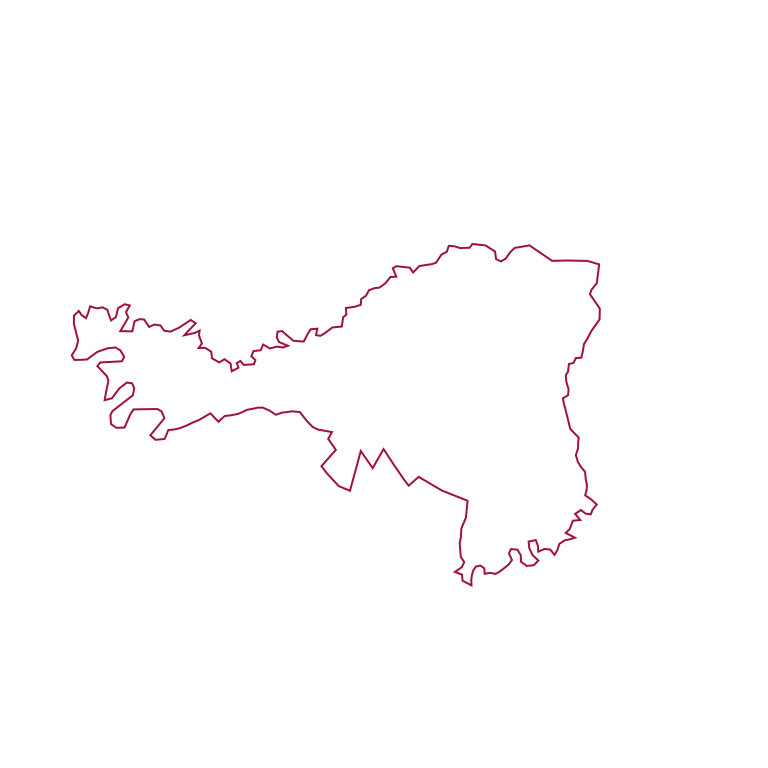 the district of Sarandi, Rio Grande do Sul, Brazil, rotated 324°
{"feature_id": "56859067B70235008034954", "entity_name": "Sarandi", "entity_type": "district", "adm_level": 2, "iso_a3": "BRA", "parent_name": "Brazil", "parent_adm1": "Rio Grande do Sul", "projection": "robinson", "projection_center": [-52.934, -27.931], "detail": "fine", "context": "isolated", "style": "outline", "palette": "rose", "viewbox_px": 768, "rotation_deg": 324, "n_neighbors": 0, "source": "geoboundaries", "source_scale": "gbopen_adm2", "svg_char_len": 3622}
<svg xmlns="http://www.w3.org/2000/svg" viewBox="0 0 768 768"><g transform="rotate(324 384 384)"><path d="M448.1,620.6L443.5,611.3L449.0,610.5L456.5,605.6L462.8,609.4L462.3,601.4L469.2,601.7L471.0,607.5L474.6,611.0L478.8,608.3L485.3,606.5L483.6,598.6L481.3,592.4L485.7,588.7L488.9,584.9L491.0,580.1L495.0,573.2L494.6,566.1L495.1,561.0L497.4,554.3L503.1,550.2L506.7,545.4L510.0,541.9L508.3,529.8L516.2,510.4L518.0,505.6L520.3,500.7L526.3,501.3L530.2,496.8L532.9,489.2L536.1,483.9L540.3,482.0L545.4,476.5L549.7,478.4L554.5,475.8L559.1,478.7L564.6,473.9L569.2,469.3L575.7,466.6L582.9,463.0L596.3,458.5L602.9,449.9L603.4,432.4L607.2,429.7L615.3,427.6L628.4,413.7L620.8,403.9L605.2,392.1L599.5,388.1L592.4,383.2L583.2,357.4L569.7,350.7L563.1,351.7L556.2,354.1L550.7,353.6L548.1,348.8L551.7,342.1L547.6,331.6L537.8,322.7L533.4,324.1L525.4,318.7L522.3,314.4L517.6,310.3L512.6,313.9L506.3,313.1L497.4,316.5L493.1,315.1L481.9,309.3L473.1,310.9L473.2,305.0L468.1,300.4L463.5,296.1L459.2,295.5L457.0,304.4L452.0,301.2L444.5,303.3L436.9,303.3L432.7,300.9L427.0,299.3L421.3,302.0L415.4,301.9L411.7,306.3L405.2,304.1L397.9,300.1L394.3,305.8L390.1,306.0L383.7,312.7L375.4,307.9L366.7,308.1L360.9,307.7L357.7,304.5L362.6,300.1L356.8,296.6L351.4,298.8L344.0,302.5L336.2,295.9L334.1,287.8L332.7,281.3L328.6,279.1L324.7,283.2L323.8,288.5L328.8,296.6L323.6,295.0L319.5,290.9L312.6,288.2L309.4,281.0L304.1,284.2L297.8,280.7L293.0,283.5L294.0,289.1L290.3,291.6L281.8,286.1L281.4,281.0L277.2,280.5L275.8,285.3L268.3,284.2L271.9,277.2L269.5,270.2L263.4,269.7L260.0,262.1L263.2,256.3L260.5,249.5L255.2,246.0L260.5,244.2L262.8,236.1L266.2,232.4L260.9,231.5L251.2,227.2L255.9,226.2L267.3,224.2L265.3,218.6L251.5,218.0L242.1,216.1L237.6,211.9L237.5,205.2L233.2,200.9L227.5,199.8L227.9,190.9L224.4,187.9L219.1,186.6L211.4,193.4L201.7,186.3L216.2,179.9L217.5,174.2L224.5,171.0L221.0,167.0L213.4,166.4L206.4,172.3L200.5,172.1L202.2,166.2L203.8,161.3L201.3,156.5L196.2,154.1L191.9,148.4L186.3,152.7L181.6,155.6L179.9,150.5L180.0,145.5L173.3,146.5L168.4,153.2L162.0,169.2L155.8,174.3L148.3,177.2L147.6,182.4L152.6,186.0L158.1,189.6L171.0,189.5L181.8,192.8L188.2,196.6L190.5,201.9L189.8,209.2L185.4,211.6L167.1,199.8L162.6,201.1L164.4,215.1L162.7,219.7L154.1,227.4L148.5,232.9L155.4,235.6L167.1,232.0L176.8,231.7L180.6,235.3L179.5,240.6L174.2,245.5L148.3,246.3L144.2,248.5L139.6,256.0L141.8,262.2L148.5,266.7L160.4,259.7L166.4,257.3L185.9,271.0L188.0,275.4L186.2,282.6L164.8,288.2L166.4,294.9L174.2,299.5L178.3,297.1L182.4,294.5L186.9,297.1L192.1,299.5L199.1,301.4L206.8,302.8L213.3,304.4L226.3,305.7L227.9,317.3L232.2,316.7L236.4,316.3L241.9,319.4L248.0,322.2L252.5,323.4L258.1,324.4L263.5,327.0L267.9,328.9L272.0,331.8L275.8,338.3L278.4,345.3L284.6,347.2L289.2,349.8L293.5,352.0L299.4,357.2L299.7,364.1L299.9,369.2L301.0,376.6L303.6,381.8L309.5,388.0L313.6,392.3L306.6,395.6L306.3,409.0L285.1,413.7L285.3,422.5L287.4,440.0L293.7,450.4L325.8,424.6L325.4,445.4L345.4,436.4L344.5,454.7L344.0,474.4L344.2,480.8L357.5,479.5L368.2,504.2L383.0,527.6L371.7,540.3L361.6,546.4L356.1,553.2L351.5,557.5L344.5,569.1L344.2,575.3L339.2,577.9L330.9,577.7L335.1,584.1L331.9,589.3L336.4,598.3L339.6,593.6L343.1,590.0L346.7,587.3L350.8,585.7L355.2,587.4L356.8,592.1L353.9,596.7L358.9,599.2L362.6,603.2L367.6,603.8L372.4,603.6L378.4,603.4L384.1,601.6L385.5,594.5L389.6,592.2L394.6,596.4L394.0,602.9L390.3,608.4L392.6,615.1L398.8,618.7L405.1,617.5L403.6,609.6L405.1,602.1L408.4,596.5L415.1,599.5L413.3,605.6L410.2,610.3L416.8,611.8L421.2,615.6L421.5,622.5L426.8,620.2L431.9,616.4L438.5,616.7L443.2,618.9L448.1,620.6Z" fill="none" stroke="#9f1239" stroke-width="2"/></g></svg>